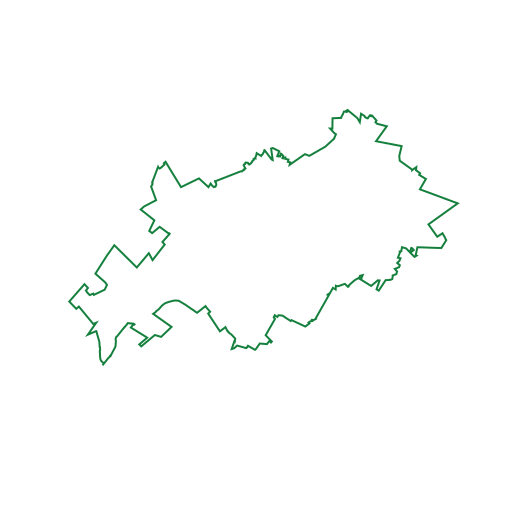 City of Johannesburg, Gauteng, South Africa (Mercator projection), rotated 42°
{"feature_id": "47623444B15418766532839", "entity_name": "City of Johannesburg", "entity_type": "district", "adm_level": 2, "iso_a3": "ZAF", "parent_name": "South Africa", "parent_adm1": "Gauteng", "projection": "mercator", "projection_center": [27.967, -26.215], "detail": "fine", "context": "isolated", "style": "outline", "palette": "green", "viewbox_px": 512, "rotation_deg": 42, "n_neighbors": 0, "source": "geoboundaries", "source_scale": "gbopen_adm2", "svg_char_len": 5835}
<svg xmlns="http://www.w3.org/2000/svg" viewBox="0 0 512 512"><g transform="rotate(42 256 256)"><path d="M370.7,81.9L333.2,96.8L330.7,85.1L323.0,86.5L322.6,84.7L317.5,85.2L315.7,82.7L314.6,87.6L314.4,87.3L299.1,89.0L295.6,85.9L290.7,76.9L268.4,90.4L266.4,72.1L257.3,76.8L255.2,76.6L254.9,74.7L248.5,74.0L248.4,74.6L248.3,74.8L248.0,75.1L247.7,75.1L247.1,74.8L247.0,74.7L246.7,74.9L246.6,75.1L246.6,75.6L246.6,76.1L246.7,76.3L246.7,77.6L246.7,78.0L247.0,78.7L246.9,79.0L246.6,79.2L244.8,79.7L244.0,79.9L243.0,79.3L238.9,80.0L243.6,87.1L239.0,85.7L226.9,86.2L226.8,86.3L226.4,86.2L226.0,87.3L227.2,87.8L227.1,88.2L226.8,88.5L226.1,88.7L225.5,89.0L224.7,89.9L225.7,92.5L226.3,95.4L226.9,96.4L220.7,102.4L227.5,110.2L225.8,111.7L231.9,112.3L233.9,112.0L234.7,114.3L235.4,116.7L235.5,116.7L234.4,127.9L234.4,128.3L228.6,145.9L224.2,147.6L220.0,165.7L218.8,163.5L216.7,164.7L215.6,162.6L212.8,164.2L211.9,163.1L210.4,164.8L210.7,165.4L210.2,165.6L209.3,163.4L206.3,163.1L205.9,163.3L206.7,164.9L206.9,164.8L207.2,165.6L206.9,165.8L207.1,166.1L205.4,167.1L205.5,167.4L205.0,167.6L203.2,162.6L196.3,164.5L195.3,166.0L204.2,173.5L203.1,173.8L191.5,171.6L191.4,171.9L191.8,172.1L191.9,172.3L192.0,172.8L192.4,173.8L192.3,174.1L192.3,174.4L192.7,175.3L192.8,175.5L192.8,176.4L192.8,176.9L192.6,177.1L192.7,177.9L192.3,178.2L192.4,178.3L187.7,179.1L188.9,181.1L189.5,182.9L190.0,183.5L189.8,183.5L189.7,183.6L189.7,183.9L189.8,184.1L189.8,184.4L189.8,184.8L189.6,184.9L189.6,185.1L189.3,185.5L190.0,186.3L190.1,186.6L190.0,186.9L189.7,187.5L189.8,188.1L189.9,188.4L190.2,188.9L190.2,189.2L190.1,189.6L190.2,189.9L190.1,190.0L190.2,190.4L190.2,190.7L190.0,191.0L189.9,191.4L189.9,191.6L190.0,191.7L190.0,192.2L189.9,192.4L189.6,192.5L189.4,192.7L189.1,192.7L188.9,192.6L188.0,192.3L187.6,192.2L187.1,192.5L186.3,193.1L186.0,193.2L185.9,193.9L185.8,194.0L186.0,194.4L186.3,194.9L186.0,195.7L185.9,196.2L186.0,196.8L189.6,198.1L189.0,199.9L189.5,200.1L188.7,202.5L188.8,202.6L187.9,203.5L175.9,227.4L175.5,227.7L175.7,227.9L176.5,228.4L177.1,228.4L177.3,228.4L178.0,229.0L178.6,229.4L179.0,230.0L179.2,230.7L179.2,231.0L179.4,231.2L179.5,231.5L179.3,231.9L179.3,232.0L179.0,232.4L178.8,232.4L178.5,233.0L176.1,233.0L175.3,232.9L173.8,232.5L174.6,236.6L161.7,236.5L154.2,255.0L125.7,246.5L125.5,248.8L126.8,249.4L126.3,253.4L126.4,253.5L125.9,255.4L124.4,255.6L123.6,255.3L129.3,270.0L130.1,270.9L129.9,271.0L131.2,272.2L131.5,274.5L144.4,281.4L139.7,294.1L139.2,298.6L156.6,297.5L159.9,308.8L163.5,308.5L164.9,298.8L176.2,297.7L176.3,297.2L176.5,297.2L176.8,297.2L176.8,297.3L177.0,297.6L177.0,298.5L177.1,308.2L180.5,308.6L180.5,309.0L181.9,328.3L174.5,325.6L175.1,344.3L143.5,342.8L145.0,355.9L148.5,376.6L161.7,376.5L164.6,377.2L166.1,382.3L161.5,393.4L160.2,392.9L158.6,396.3L154.6,396.0L153.4,395.6L153.3,395.4L153.2,395.3L153.0,395.5L152.7,395.4L152.5,392.2L147.4,391.7L147.7,414.8L157.8,415.5L158.2,412.1L180.5,415.4L181.9,412.5L183.7,427.0L187.4,418.9L187.6,418.7L197.0,424.6L200.7,428.2L201.0,428.1L203.2,430.3L203.2,430.7L203.7,431.3L204.0,431.8L204.4,432.0L206.7,434.3L206.9,434.7L207.0,434.8L207.4,435.0L209.0,436.5L209.5,436.8L210.3,437.2L211.4,437.6L212.0,437.6L214.9,437.6L215.1,439.9L214.5,430.8L214.8,428.5L214.8,427.6L214.4,427.5L214.6,427.0L212.4,418.2L212.1,417.4L211.8,416.8L208.9,413.1L208.5,412.7L207.4,411.8L207.1,411.5L206.4,410.0L206.4,409.6L206.5,408.3L205.8,396.8L205.9,397.3L206.0,397.3L205.8,392.8L205.6,391.7L206.8,390.9L206.9,390.7L209.2,389.1L209.6,388.8L209.9,388.4L211.4,388.1L211.4,388.7L210.6,389.4L210.9,392.9L228.4,389.7L229.8,389.5L228.4,399.8L231.2,399.9L233.0,387.3L233.7,382.4L239.6,379.6L240.7,365.2L218.3,367.8L218.5,367.1L218.5,366.5L218.9,365.4L218.9,364.8L218.8,364.3L218.7,363.8L219.1,362.5L219.2,361.5L219.4,360.3L219.3,356.5L219.5,354.5L220.0,352.2L220.6,350.8L221.1,350.0L222.2,348.0L224.4,344.7L225.0,343.9L225.9,343.0L228.1,341.3L228.4,341.0L236.4,339.4L240.7,338.9L247.0,338.0L248.5,337.9L250.2,337.6L252.0,327.0L253.1,327.4L259.2,328.1L259.0,330.8L279.6,336.1L280.9,329.3L284.6,330.8L284.9,330.7L286.1,330.8L286.1,331.0L287.6,331.1L290.5,330.8L295.8,331.3L296.7,332.6L296.8,332.6L297.7,334.1L297.1,334.2L300.2,341.4L301.5,339.2L301.9,335.2L310.4,331.0L310.5,329.4L310.3,329.5L310.1,328.1L318.0,326.4L318.2,325.6L317.4,318.5L323.1,314.2L323.0,313.1L322.8,310.1L325.0,310.3L325.0,309.0L316.2,308.4L312.2,290.0L310.2,289.7L309.6,287.4L311.3,287.3L312.7,286.9L312.3,285.2L312.4,284.9L315.7,282.5L319.0,282.1L325.3,281.1L325.3,279.9L339.9,275.4L340.1,274.1L340.1,273.9L340.2,273.7L340.8,270.4L339.6,270.3L340.1,268.1L340.9,267.2L340.7,267.2L341.0,265.9L340.6,265.8L341.8,264.8L342.4,263.2L342.2,263.2L342.1,261.6L341.9,261.5L336.3,236.2L335.1,236.8L335.1,236.5L335.5,235.0L335.7,234.7L335.9,234.5L334.5,228.2L337.6,227.6L335.3,224.7L335.6,224.6L337.2,223.6L338.5,221.3L339.9,218.6L340.3,217.9L340.8,217.2L345.9,217.4L345.2,217.2L345.2,216.5L344.8,215.9L344.7,215.6L344.8,213.9L345.5,208.3L345.7,207.5L346.9,203.8L347.7,203.7L346.5,201.1L348.1,198.8L349.1,202.0L349.7,202.5L349.4,203.4L361.6,201.2L362.8,192.5L364.2,191.5L367.9,200.1L370.4,199.6L368.5,187.2L371.3,184.4L371.3,184.1L372.0,183.6L372.7,181.9L370.9,179.2L370.6,179.0L372.4,175.6L371.2,173.1L367.8,172.7L369.8,168.6L369.1,166.6L365.6,166.7L365.8,163.5L364.9,161.0L362.6,162.3L360.6,157.0L359.8,156.5L360.8,155.3L358.6,151.8L362.4,149.9L367.3,150.2L367.6,150.2L367.4,149.3L367.4,149.0L367.5,148.9L367.4,148.8L367.3,148.7L367.1,148.5L366.1,146.4L366.0,146.1L366.3,145.9L366.8,145.8L368.7,145.9L369.2,146.0L368.5,150.3L374.4,150.6L375.1,148.2L374.1,148.5L370.1,141.5L373.5,138.6L384.6,129.3L387.9,126.4L388.1,126.2L388.4,126.0L386.8,116.9L386.4,116.8L385.6,116.6L384.2,115.9L383.5,115.6L382.3,115.3L381.7,115.1L381.3,114.9L380.2,114.7L379.4,114.3L377.8,120.4L363.0,117.1L370.7,81.9Z" fill="none" stroke="#15803d" stroke-width="2"/></g></svg>